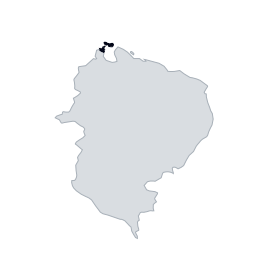 Preah Sihanouk, Krong Preah Sihanouk, Cambodia (highlighted), rotated 129°
{"feature_id": "14789045B14640150427480", "entity_name": "Preah Sihanouk", "entity_type": "district", "adm_level": 2, "iso_a3": "KHM", "parent_name": "Cambodia", "parent_adm1": "Krong Preah Sihanouk", "projection": "robinson", "projection_center": [103.359, 10.662], "detail": "fine", "context": "in_parent", "style": "filled", "palette": "ink", "viewbox_px": 256, "rotation_deg": 129, "n_neighbors": 0, "source": "geoboundaries", "source_scale": "gbopen_adm2", "svg_char_len": 5122}
<svg xmlns="http://www.w3.org/2000/svg" viewBox="0 0 256 256"><g transform="rotate(129 128 128)"><path d="M207.9,51.2L208.4,53.2L207.1,56.9L205.7,60.3L203.1,63.3L203.0,65.4L202.1,71.9L202.5,74.0L203.1,75.7L203.9,76.7L206.2,83.0L208.3,88.8L210.4,93.5L210.8,96.5L208.9,104.1L206.8,111.1L207.0,114.6L207.9,118.1L208.9,122.7L209.3,128.6L208.8,132.5L207.8,134.9L205.9,137.4L204.3,138.6L202.3,136.5L200.7,136.5L198.6,137.1L196.9,138.1L193.6,141.7L189.8,145.2L184.6,146.1L182.6,148.7L180.4,149.1L176.3,149.2L173.6,149.8L173.7,151.1L173.5,157.3L173.6,158.8L173.2,159.1L171.3,159.3L168.2,158.4L163.9,156.9L160.8,156.6L159.3,159.3L158.3,160.4L157.2,160.5L156.0,161.0L155.6,162.2L155.5,163.7L156.1,166.3L156.3,170.4L156.2,173.2L157.3,175.0L163.8,180.9L165.8,182.4L166.0,183.3L164.8,186.5L165.9,191.0L163.8,191.0L160.4,189.0L158.8,187.8L156.8,188.8L156.1,188.6L154.8,186.4L153.0,184.1L151.2,183.9L147.4,184.8L143.5,185.4L142.1,185.4L141.4,185.9L139.2,189.2L138.2,188.7L134.3,187.4L130.7,186.9L130.0,187.8L130.5,190.5L131.2,193.2L130.8,194.4L128.8,195.8L126.2,198.4L124.6,200.4L123.5,200.8L119.6,200.8L115.6,201.0L114.1,202.9L112.6,204.4L111.3,204.8L106.2,200.1L95.9,198.5L94.8,196.4L93.8,196.0L92.9,198.7L87.3,201.3L84.9,199.7L83.2,197.8L83.5,195.6L85.1,193.7L87.9,192.3L89.2,187.6L87.0,181.6L85.2,179.9L83.2,178.5L81.2,180.7L79.4,184.5L77.6,186.5L75.0,187.0L71.3,186.8L69.8,181.1L69.4,176.2L69.9,170.6L70.4,167.2L66.8,162.7L66.6,158.3L64.9,156.1L64.4,157.2L64.4,158.4L63.9,157.5L58.2,144.7L57.3,138.8L58.3,134.2L58.9,132.7L57.2,130.3L54.9,127.6L50.8,124.0L50.6,118.3L49.7,111.7L48.4,109.4L46.6,105.3L45.6,101.9L45.2,92.9L45.7,92.2L48.6,91.9L52.3,91.3L52.9,89.8L52.3,88.6L54.6,86.6L58.0,82.1L60.7,77.4L62.6,74.5L63.7,71.6L67.5,67.4L72.8,64.6L76.3,63.9L80.1,62.9L83.6,61.5L85.3,61.4L89.8,63.1L92.1,63.5L94.7,63.5L97.3,63.6L99.5,63.5L105.0,62.3L110.7,63.2L115.8,62.5L122.2,61.1L125.3,62.0L128.2,63.4L128.6,66.1L129.2,67.3L130.2,68.3L131.4,68.3L133.1,66.4L134.4,64.4L134.9,64.1L134.9,65.0L135.6,67.2L136.8,69.3L138.0,70.7L140.1,72.5L141.4,72.6L145.8,70.9L152.3,73.4L153.1,74.7L155.2,77.3L157.5,79.1L162.5,79.3L164.3,74.7L163.5,71.9L160.5,67.0L159.8,64.2L160.7,63.7L165.6,63.1L166.4,62.6L167.5,59.4L168.8,59.8L171.5,60.2L174.4,58.0L176.1,55.8L177.0,56.8L178.0,58.4L179.1,59.3L181.2,60.7L183.5,62.6L184.9,64.5L186.1,65.2L189.0,64.7L189.8,64.7L191.5,62.5L192.6,61.2L193.6,61.6L195.1,61.5L198.1,58.6L199.9,56.0L200.8,55.3L203.6,56.6L204.6,56.3L206.2,52.7L207.9,51.2ZM67.9,173.5L67.4,173.9L66.8,173.9L66.3,173.3L66.3,171.3L66.7,170.0L67.7,169.8L67.9,173.5ZM76.5,193.8L75.3,195.2L73.5,192.3L73.5,191.5L76.5,193.8Z" fill="#d9dde1" stroke="#a8b0b8" stroke-width="1"/><path d="M84.6,196.0L84.5,195.8L84.4,195.6L84.3,195.4L84.3,195.2L84.3,194.7L84.2,194.7L83.7,194.6L83.5,194.9L83.5,195.1L83.4,195.1L83.2,195.2L83.1,195.3L83.0,195.5L82.9,195.6L82.8,196.1L82.7,196.2L82.6,196.3L82.3,196.4L82.2,196.3L82.2,196.5L82.2,196.8L82.0,197.1L81.9,197.1L81.9,197.3L82.0,197.3L82.1,197.5L82.3,197.7L82.3,197.8L82.2,197.9L82.3,197.9L82.4,197.7L82.6,197.7L82.7,197.8L82.8,197.8L83.0,197.9L83.3,198.2L83.5,198.5L83.8,199.0L84.0,199.4L84.1,199.6L84.2,199.4L84.2,199.2L84.2,198.9L84.4,198.9L84.4,198.7L84.2,198.5L84.2,198.4L84.3,198.4L84.2,198.3L84.2,198.2L84.3,198.2L84.7,198.2L84.9,198.3L85.0,198.3L85.1,198.2L85.0,197.9L84.9,197.7L84.9,196.9L84.9,196.7L84.8,196.3L84.7,196.2L84.6,196.0ZM73.8,191.6L73.7,191.6L73.7,191.9L73.5,192.0L73.4,192.1L73.2,192.1L72.9,192.0L72.9,191.9L72.7,191.9L72.5,192.0L72.4,192.1L72.5,192.4L72.5,192.5L72.4,192.6L72.4,192.8L72.3,193.0L72.2,193.1L72.3,193.2L72.4,193.3L72.4,193.2L72.5,193.1L72.8,193.2L72.8,193.3L72.8,193.5L72.8,193.8L72.9,194.0L73.0,194.1L73.3,194.3L73.6,194.4L73.7,194.2L73.8,194.1L74.0,194.1L74.2,194.3L74.4,194.6L74.5,195.1L74.6,195.4L74.6,195.5L74.6,196.0L74.8,196.2L75.0,196.0L75.0,195.9L75.1,195.7L75.2,195.4L75.3,195.2L75.5,195.1L75.8,195.2L76.0,195.0L76.1,194.9L76.3,194.7L76.4,194.4L76.3,194.2L76.2,194.0L76.1,194.3L75.8,194.4L75.7,194.4L75.6,194.2L75.8,194.1L75.7,194.0L75.6,193.8L75.6,193.7L75.4,193.5L75.2,193.7L74.9,193.8L74.7,193.7L74.5,193.3L74.4,193.2L74.5,193.1L74.6,192.9L74.6,192.7L74.5,192.4L74.4,192.4L74.4,192.2L74.5,192.0L74.6,191.8L74.3,191.8L74.2,191.7L73.9,191.6L73.8,191.6ZM76.4,197.2L76.2,197.2L76.2,197.3L75.9,197.4L75.7,197.3L75.7,197.2L75.4,197.4L75.4,197.5L75.4,198.1L75.4,198.5L75.6,198.8L75.8,198.8L75.8,199.0L75.7,199.2L75.8,199.3L75.9,199.2L76.0,199.1L76.1,199.3L76.2,199.5L76.3,199.6L76.3,199.8L76.3,200.0L76.5,200.1L76.7,199.9L76.8,199.8L76.7,199.6L76.7,199.4L76.8,199.3L76.9,199.2L77.1,199.0L77.2,198.9L77.0,198.7L77.0,198.4L76.9,198.4L76.9,198.6L76.8,198.8L76.7,199.0L76.4,198.9L76.2,198.8L76.1,198.7L76.1,198.4L76.3,198.3L76.1,198.2L76.0,197.9L76.3,197.9L76.5,197.8L76.6,197.7L76.4,197.4L76.5,197.2L76.4,197.2ZM81.6,197.0L81.5,196.9L81.4,196.9L81.3,197.0L81.5,197.2L81.8,197.0L81.8,196.9L81.7,196.8L81.6,197.0ZM79.7,197.5L79.4,197.5L79.5,197.6L79.8,197.6L80.0,197.7L79.9,197.5L79.7,197.5ZM76.0,196.9L76.0,196.7L75.9,196.7L75.8,196.8L75.8,197.0L76.0,197.0L76.0,196.9L76.0,196.9ZM83.5,199.6L83.4,199.5L83.5,199.6Z" fill="#0f172a" stroke="#020617" stroke-width="1.5"/></g></svg>